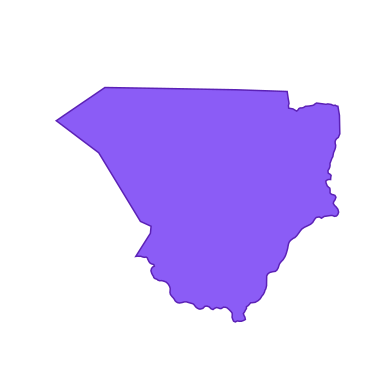 Brejolândia, Bahia, Brazil, rotated 192°
{"feature_id": "56859067B59046067616005", "entity_name": "Brejolândia", "entity_type": "district", "adm_level": 2, "iso_a3": "BRA", "parent_name": "Brazil", "parent_adm1": "Bahia", "projection": "robinson", "projection_center": [-43.939, -12.468], "detail": "fine", "context": "isolated", "style": "filled", "palette": "violet", "viewbox_px": 384, "rotation_deg": 192, "n_neighbors": 0, "source": "geoboundaries", "source_scale": "gbopen_adm2", "svg_char_len": 2914}
<svg xmlns="http://www.w3.org/2000/svg" viewBox="0 0 384 384"><g transform="rotate(192 192 192)"><path d="M127.0,79.7L126.8,77.9L125.8,76.1L124.5,74.3L122.6,73.9L120.9,75.3L118.7,75.4L116.7,75.9L114.8,77.1L113.3,78.4L114.3,80.7L115.5,82.0L116.5,83.8L115.6,85.9L115.2,87.6L114.5,89.3L114.9,91.1L113.4,92.6L112.4,94.3L111.7,95.8L110.2,96.2L107.3,97.2L104.7,99.5L103.1,101.7L101.9,105.0L101.0,106.6L100.3,109.2L100.2,111.1L99.7,112.5L99.6,115.9L100.0,117.8L100.8,121.9L101.5,125.5L100.8,127.6L99.3,129.4L96.5,130.8L94.0,131.7L92.7,133.3L91.9,135.8L91.7,138.2L91.4,140.1L90.3,142.4L88.8,144.8L87.7,147.8L87.3,149.6L87.0,151.9L86.7,156.4L86.8,159.2L86.8,161.5L86.5,163.2L85.6,165.1L83.3,167.8L82.0,168.7L80.5,170.9L79.2,173.7L77.9,176.7L76.8,178.7L74.8,180.8L71.9,183.0L69.3,185.1L67.6,187.3L66.9,189.4L66.0,191.6L65.1,193.0L62.3,194.1L59.9,193.3L57.6,195.6L55.1,196.5L53.8,197.0L51.0,198.0L49.6,198.2L47.5,197.8L45.7,198.6L44.7,200.3L44.4,202.8L45.7,205.4L47.7,207.2L49.8,208.5L51.4,210.1L51.4,212.0L50.5,214.0L50.1,216.8L51.5,218.4L53.2,218.7L55.0,218.7L56.8,219.8L57.3,222.5L58.0,224.4L59.3,225.0L61.0,226.1L62.0,227.6L62.8,228.8L63.4,230.5L62.0,232.2L60.4,232.8L59.0,233.0L59.3,234.9L59.4,237.2L60.7,238.1L62.6,238.7L63.5,241.1L62.7,243.3L62.4,245.1L62.5,246.8L63.0,248.6L62.6,251.1L62.2,253.9L61.6,255.8L61.7,258.4L61.7,260.0L61.3,262.0L61.0,263.8L60.9,265.6L61.2,267.7L62.0,269.2L62.5,271.0L62.3,272.8L61.5,274.4L60.2,275.8L59.9,277.6L59.5,279.6L63.7,297.6L67.1,306.2L68.7,306.2L70.0,306.7L71.3,306.1L72.6,306.2L74.0,306.6L75.7,306.5L77.5,306.4L79.2,305.6L82.6,305.4L88.7,304.9L90.1,303.6L91.0,302.4L92.1,301.7L93.7,301.1L95.2,300.5L96.8,300.0L98.9,299.4L100.0,298.3L101.0,297.5L102.3,297.0L103.7,296.7L104.8,295.8L105.3,294.5L106.4,292.9L108.3,293.5L110.6,294.3L112.7,294.2L114.9,294.1L115.7,296.9L115.5,298.7L116.4,301.1L117.3,303.3L119.8,310.1L169.9,301.2L219.9,291.5L242.6,287.1L298.9,276.1L332.5,241.0L339.6,233.5L305.8,217.7L291.4,211.0L236.3,152.5L224.9,150.0L224.1,142.9L225.4,139.5L230.2,126.6L233.6,117.3L232.0,117.9L230.4,118.1L228.8,118.5L226.6,118.2L225.0,118.2L223.4,118.8L222.0,118.3L221.3,117.1L219.8,115.2L218.6,114.0L216.9,113.3L214.3,113.1L213.4,111.6L214.9,110.4L215.7,108.7L215.8,106.4L214.5,104.1L213.3,102.6L212.3,101.6L211.5,100.3L210.2,99.6L208.3,99.4L206.9,98.7L205.2,98.5L203.3,99.0L202.1,99.0L200.1,98.8L198.3,98.4L195.9,96.8L194.4,95.1L193.3,93.3L192.9,91.1L192.7,89.3L191.8,87.3L189.7,85.5L188.5,84.7L187.1,83.5L185.8,82.0L184.6,81.3L183.2,80.8L181.3,80.8L178.7,81.8L176.7,82.9L174.7,83.4L172.9,83.2L171.3,83.1L170.0,83.0L168.1,82.9L166.8,82.4L165.7,81.4L163.9,80.0L162.4,79.4L160.6,79.0L159.3,79.3L157.2,80.4L155.7,82.8L153.7,83.5L151.3,83.2L149.0,81.7L147.0,81.4L145.7,82.9L144.0,84.1L142.3,84.1L140.6,83.8L139.3,84.0L138.3,84.9L137.3,85.9L135.4,86.2L133.9,86.1L132.7,85.5L131.1,84.6L128.9,83.1L127.5,81.8L127.0,79.7Z" fill="#8b5cf6" stroke="#5b21b6" stroke-width="1.5"/></g></svg>